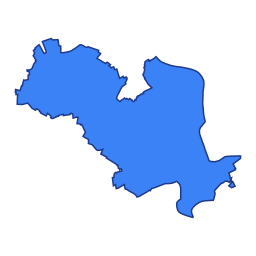 Phu Xuyen, Ha Noi, Vietnam
{"feature_id": "81297802B25831565259333", "entity_name": "Phu Xuyen", "entity_type": "district", "adm_level": 2, "iso_a3": "VNM", "parent_name": "Vietnam", "parent_adm1": "Ha Noi", "projection": "mercator", "projection_center": [105.908, 20.729], "detail": "fine", "context": "isolated", "style": "filled", "palette": "blue", "viewbox_px": 256, "rotation_deg": 0, "n_neighbors": 0, "source": "geoboundaries", "source_scale": "gbopen_adm2", "svg_char_len": 5749}
<svg xmlns="http://www.w3.org/2000/svg" viewBox="0 0 256 256"><path d="M240.6,156.0L239.5,155.9L238.1,156.0L236.1,156.1L231.3,156.1L228.7,156.3L226.9,156.4L225.8,156.6L224.9,156.8L222.4,158.4L220.9,159.5L218.9,160.7L215.0,161.7L213.8,161.7L212.5,161.6L210.7,161.4L209.6,161.0L208.9,160.4L208.0,157.6L207.5,156.1L205.7,151.2L205.1,149.7L203.4,144.3L202.4,142.0L201.9,140.4L201.2,138.3L200.6,136.8L199.8,134.3L199.6,133.4L199.5,132.4L199.4,131.2L199.6,129.6L200.1,128.3L200.6,127.3L201.4,126.5L203.8,123.4L204.7,122.4L205.1,121.8L205.1,121.0L204.8,119.7L204.2,117.7L203.7,114.7L203.7,113.6L203.5,112.7L203.4,111.3L203.4,110.1L203.1,107.4L202.8,105.0L202.7,103.0L203.0,94.7L203.0,91.8L203.7,87.1L203.9,83.6L203.8,81.3L203.3,79.7L202.2,77.4L200.9,75.5L199.2,73.4L198.3,72.6L197.1,71.7L195.2,70.7L192.3,69.6L188.4,68.5L186.9,68.3L183.3,67.5L181.0,67.1L176.4,66.6L173.4,66.0L171.0,65.5L168.0,64.5L165.4,63.6L162.6,62.4L162.1,62.3L161.0,61.6L159.5,60.4L157.9,58.8L156.0,56.7L153.3,58.9L152.9,59.2L150.4,60.4L150.1,60.6L150.1,60.9L149.9,61.0L149.5,61.2L149.3,60.7L148.9,60.9L148.6,60.3L148.8,60.0L148.6,59.5L147.9,59.8L146.8,60.5L145.2,61.7L145.0,61.8L145.0,62.2L145.1,63.1L144.8,63.4L144.8,63.8L144.9,64.5L144.5,64.7L144.5,65.4L144.9,66.8L143.9,67.4L144.7,69.5L143.8,73.1L143.6,73.6L143.4,74.1L142.9,74.5L143.5,76.0L143.9,76.6L145.0,78.1L145.2,78.3L144.6,78.7L147.0,82.2L147.5,83.2L148.0,84.0L149.1,85.2L151.9,87.8L151.5,88.1L148.6,89.5L147.7,90.0L146.5,90.3L144.2,91.6L143.9,91.8L143.4,92.5L143.1,92.7L143.4,93.1L143.6,93.6L141.0,94.1L140.5,94.5L140.4,95.0L137.6,96.1L137.7,96.8L136.8,97.0L135.9,100.2L135.0,99.6L133.9,101.6L133.2,101.5L131.9,100.6L132.1,100.0L129.6,98.5L128.5,99.7L126.8,98.4L125.9,99.1L125.7,99.1L124.4,98.0L123.5,98.9L122.1,99.6L121.0,100.5L120.0,101.6L118.5,100.4L117.1,99.4L116.7,98.7L116.7,97.8L116.8,97.4L116.8,96.8L117.0,96.4L117.6,95.3L118.0,94.3L118.6,93.4L119.8,91.0L120.3,90.0L120.5,89.3L121.5,87.8L122.0,86.9L122.2,86.7L122.5,86.4L125.9,83.9L125.2,82.4L125.8,81.9L125.9,81.5L126.5,80.4L126.7,79.7L127.1,79.0L126.6,78.8L126.3,78.6L126.3,78.1L126.8,77.6L126.3,77.0L124.8,77.4L123.9,78.1L123.1,76.3L122.7,76.4L121.5,77.3L119.6,78.3L118.3,74.1L116.7,69.0L114.6,69.7L113.7,66.8L112.7,67.2L111.8,67.6L111.4,67.8L111.3,67.5L108.7,65.7L110.4,64.7L107.4,62.3L107.0,62.4L106.4,62.7L105.7,63.6L97.0,58.4L97.5,57.5L98.2,56.6L98.9,55.7L99.5,55.2L100.6,53.5L98.4,52.3L98.7,50.4L87.9,46.7L87.6,47.0L87.2,47.3L86.7,47.4L86.2,47.3L85.6,47.1L82.9,45.5L81.1,44.8L80.6,44.7L80.0,44.8L79.5,45.1L78.8,45.7L77.5,46.6L75.0,48.5L73.1,49.5L71.7,50.6L69.8,51.4L67.5,51.9L64.1,52.6L61.9,52.7L60.6,52.6L60.9,49.1L60.6,49.0L60.8,46.1L58.9,45.7L58.0,39.7L52.5,39.9L51.2,38.5L46.8,40.0L42.4,41.5L45.4,49.4L45.9,50.9L46.2,51.5L46.2,52.2L46.1,52.5L45.7,52.7L45.0,53.1L44.0,53.4L43.2,52.0L39.5,45.3L39.0,44.7L34.9,48.2L35.3,49.1L33.4,50.4L34.1,52.0L34.7,52.8L33.2,55.7L35.9,60.0L35.4,60.4L35.9,61.5L35.2,62.3L34.3,63.2L34.2,63.4L34.0,63.6L33.5,64.7L33.1,65.9L32.4,67.4L32.1,68.4L30.9,69.4L30.2,69.7L28.6,70.0L27.0,70.0L27.3,71.4L28.9,71.2L29.6,74.7L28.1,75.1L28.1,75.4L28.2,79.4L25.1,80.3L23.7,80.0L22.3,85.8L21.5,85.8L20.1,90.6L15.6,89.5L15.4,90.4L15.8,90.9L15.9,91.9L15.4,91.9L15.4,92.3L15.9,92.3L16.0,94.6L17.7,94.5L17.4,98.1L17.2,104.3L22.5,104.5L27.7,103.0L32.1,108.3L35.5,110.2L36.4,108.8L38.4,109.8L39.6,110.6L39.5,111.5L40.9,112.4L40.7,113.0L42.3,113.9L46.1,115.9L47.7,113.3L51.1,116.3L51.0,117.2L51.0,117.4L50.7,117.8L52.0,118.5L52.6,118.5L56.2,117.0L56.2,116.6L58.3,116.3L58.1,115.6L60.0,115.0L63.3,114.3L63.3,114.5L63.4,115.6L70.1,114.5L70.1,114.0L71.4,113.3L72.1,113.9L72.8,114.0L73.1,118.1L74.0,117.8L75.0,117.6L77.7,117.1L78.1,117.2L78.0,117.9L77.8,118.9L77.0,123.6L79.3,123.9L80.8,124.1L80.6,124.9L82.0,124.9L84.1,129.5L85.4,132.4L83.0,136.3L83.9,136.8L84.1,137.1L86.4,138.4L88.4,139.4L88.5,141.5L88.5,142.4L88.4,143.5L92.3,144.8L96.3,149.6L96.8,150.1L97.6,150.3L98.3,150.4L99.9,150.3L101.8,149.6L102.8,149.3L101.8,151.7L101.1,153.2L101.6,153.4L101.0,154.2L106.8,157.1L106.4,158.1L109.6,160.0L111.9,161.5L117.6,165.0L117.2,165.6L118.0,166.0L118.4,168.3L119.5,168.8L119.6,169.7L120.6,169.0L121.2,168.7L121.6,169.4L121.7,169.7L121.9,170.9L118.3,171.9L117.3,172.1L116.1,173.0L115.4,172.5L114.6,173.3L114.3,174.0L114.0,175.2L113.9,177.4L112.4,177.6L113.4,185.8L115.6,184.6L116.2,188.6L118.3,188.1L123.7,184.8L124.4,184.5L124.5,186.4L125.3,189.2L126.4,189.2L128.9,190.8L130.3,191.7L132.4,192.7L134.8,194.2L135.6,194.9L136.3,195.9L136.9,197.0L139.0,196.5L143.3,194.0L147.2,191.8L149.3,190.2L150.2,190.8L151.7,188.5L152.9,188.2L155.2,187.5L163.4,184.3L165.4,183.6L167.9,183.6L172.1,183.2L173.2,182.7L174.9,182.2L175.9,181.6L176.9,181.5L177.9,182.4L179.4,184.1L180.0,185.2L180.7,187.9L180.7,196.5L180.6,199.2L178.6,200.5L177.0,202.3L176.7,204.1L176.7,205.3L177.0,207.7L177.3,208.9L177.9,210.3L178.6,211.5L179.4,212.3L180.4,213.0L181.6,213.6L183.3,214.4L186.9,215.7L192.2,217.3L192.8,217.5L193.1,216.6L192.7,215.7L192.0,214.0L191.5,212.1L191.5,211.0L191.8,209.7L192.1,208.8L193.3,207.1L195.6,204.9L198.7,202.8L201.1,201.6L204.9,200.8L207.7,200.6L213.3,200.3L213.9,198.7L214.2,197.3L214.6,195.9L214.8,195.4L215.0,194.0L215.0,193.5L215.0,193.0L214.9,192.6L214.6,191.8L214.5,191.1L214.5,190.8L214.9,190.3L216.8,188.1L218.9,185.8L219.9,184.7L220.2,184.5L221.3,183.2L222.4,183.2L223.3,182.6L225.2,181.2L226.2,181.2L227.0,181.3L227.7,181.4L229.4,182.4L230.1,181.3L231.7,182.6L228.8,185.9L231.8,187.7L235.1,186.2L233.7,183.4L233.0,182.0L232.5,181.5L231.2,180.5L230.9,180.3L231.2,179.3L231.5,177.9L230.3,178.7L229.9,176.3L229.6,175.1L229.3,174.2L228.8,173.0L230.2,172.3L235.5,169.7L235.0,168.9L235.6,168.5L234.2,166.0L233.1,163.9L234.2,163.2L235.5,162.1L240.1,158.8L240.4,158.3L240.6,157.3L240.6,156.0Z" fill="#3b82f6" stroke="#1e3a8a" stroke-width="1.5"/></svg>